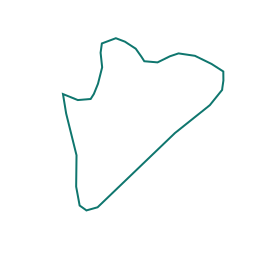 outline of East Renfrewshire, rotated 292°
{"feature_id": "GBR-2003", "entity_name": "East Renfrewshire", "entity_type": "Unitary District", "adm_level": 1, "iso_a3": "GBR", "parent_name": "United Kingdom", "parent_adm1": "", "projection": "orthographic", "projection_center": [-4.331, 55.752], "detail": "fine", "context": "isolated", "style": "outline", "palette": "teal", "viewbox_px": 256, "rotation_deg": 292, "n_neighbors": 0, "source": "natural_earth", "source_scale": "10m", "svg_char_len": 542}
<svg xmlns="http://www.w3.org/2000/svg" viewBox="0 0 256 256"><g transform="rotate(292 128 128)"><path d="M36.0,120.3L36.1,120.1L37.0,116.4L38.0,112.2L54.2,101.9L83.4,90.5L118.3,65.2L135.1,55.0L135.1,71.0L140.9,82.5L146.8,83.6L157.8,83.6L174.6,81.3L187.5,74.4L196.6,72.1L206.7,83.1L206.9,92.8L204.4,105.5L199.2,113.6L196.0,118.1L199.9,130.8L210.2,140.0L216.1,146.9L220.0,163.0L218.7,181.4L216.1,195.2L207.7,198.7L200.3,200.5L198.6,201.0L179.8,195.3L140.9,173.4L43.1,129.5L36.0,120.3Z" fill="none" stroke="#0f766e" stroke-width="2"/></g></svg>